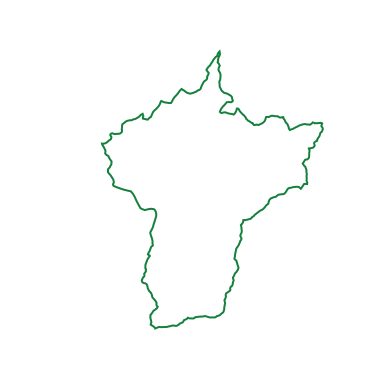 outline of Tsento, Paro, Bhutan, rotated 24°
{"feature_id": "84629894B34516930524400", "entity_name": "Tsento", "entity_type": "district", "adm_level": 2, "iso_a3": "BTN", "parent_name": "Bhutan", "parent_adm1": "Paro", "projection": "robinson", "projection_center": [89.316, 27.609], "detail": "fine", "context": "isolated", "style": "outline", "palette": "green", "viewbox_px": 384, "rotation_deg": 24, "n_neighbors": 0, "source": "geoboundaries", "source_scale": "gbopen_adm2", "svg_char_len": 5986}
<svg xmlns="http://www.w3.org/2000/svg" viewBox="0 0 384 384"><g transform="rotate(24 192 192)"><path d="M204.0,321.2L204.4,321.8L204.8,323.3L205.3,324.1L207.8,327.3L208.2,330.0L211.6,330.5L213.7,331.3L213.9,331.6L216.4,329.0L217.1,328.5L218.9,328.0L222.5,326.1L223.8,325.6L226.3,323.6L226.9,323.3L228.3,322.0L229.4,321.5L231.6,320.9L232.4,320.5L233.7,318.8L234.3,317.3L236.5,314.9L236.8,314.0L236.7,312.5L238.8,310.2L239.4,308.5L241.1,308.5L244.6,307.0L245.2,306.5L246.0,304.9L246.5,304.8L249.0,303.1L253.0,301.1L254.1,300.2L254.9,299.9L259.2,299.4L264.2,297.1L264.7,296.5L265.1,295.4L267.4,293.4L268.5,290.9L269.3,289.6L269.5,288.6L269.1,285.8L268.4,284.4L268.3,283.5L267.8,281.9L267.6,280.3L265.6,277.6L265.8,276.2L265.6,274.1L265.4,273.5L264.6,272.3L264.5,271.7L264.5,270.6L266.4,267.6L266.9,266.3L266.8,265.7L266.1,264.7L265.9,263.6L266.0,262.7L266.6,262.1L266.8,260.9L266.7,259.7L266.1,257.8L266.1,256.0L265.7,255.3L264.4,254.1L264.2,253.5L264.5,251.2L264.3,249.2L265.2,246.7L265.3,245.2L265.6,244.4L265.4,243.2L265.4,242.4L262.5,239.2L262.1,238.4L261.2,237.8L260.8,237.0L260.4,236.6L259.6,236.5L258.3,236.0L257.7,235.4L257.5,233.6L256.9,232.0L255.5,225.9L255.7,224.4L256.2,222.4L256.2,218.0L256.0,216.9L256.4,215.7L256.1,214.3L254.5,213.0L253.7,211.8L253.8,208.9L253.5,207.7L251.2,203.7L250.7,202.9L250.1,202.4L250.1,202.0L250.7,200.6L250.9,198.9L250.8,198.0L250.3,196.8L252.3,195.9L256.0,193.0L256.6,192.4L257.2,190.4L258.2,189.0L258.5,187.6L259.7,185.3L261.8,181.4L263.6,179.3L264.7,176.6L265.2,174.0L266.5,171.7L266.0,169.7L266.0,167.4L266.8,165.5L267.7,164.8L268.4,163.8L270.5,162.3L271.8,159.7L273.1,158.6L276.4,156.7L277.1,155.9L277.7,153.9L278.2,150.3L279.1,148.8L280.4,148.1L282.3,146.5L284.2,145.3L286.6,144.2L287.7,144.0L290.1,144.8L290.8,141.3L291.1,139.2L291.3,138.9L293.9,137.9L293.4,136.4L292.0,135.1L291.4,133.2L290.1,130.7L289.7,129.1L288.0,126.5L287.8,125.6L285.2,122.8L284.5,122.7L282.1,121.4L281.6,121.0L281.5,120.7L281.8,120.0L282.2,116.7L282.6,116.2L284.0,115.4L284.8,113.9L284.8,112.9L284.4,111.4L283.3,108.9L282.8,107.1L282.2,105.8L281.3,105.1L281.0,104.7L281.8,104.2L282.3,104.1L282.7,103.6L284.5,102.3L285.0,101.2L285.2,99.8L285.1,99.5L283.8,98.0L283.6,97.2L284.2,95.7L285.5,94.3L285.0,93.3L285.7,88.9L285.3,86.1L285.3,85.4L285.8,84.8L286.1,84.0L286.1,82.3L285.6,80.7L284.6,79.8L283.7,79.5L283.4,79.2L283.1,78.0L283.1,76.6L282.7,76.3L282.3,76.2L280.7,76.9L278.3,78.3L277.2,78.7L276.3,79.3L275.1,79.2L274.1,79.3L273.5,80.8L272.9,81.9L272.0,82.8L271.1,82.9L269.4,83.6L267.5,84.0L265.9,85.0L264.3,86.4L263.0,87.6L261.4,89.7L260.3,90.9L258.4,93.4L257.0,94.6L256.2,95.6L254.7,94.7L253.7,93.1L252.4,92.1L251.8,91.3L249.2,90.2L247.1,88.3L245.5,87.6L245.1,86.6L244.6,86.5L243.9,87.1L242.2,88.2L240.8,88.2L239.6,87.9L236.5,89.2L235.6,89.2L233.5,90.1L231.7,92.2L229.3,93.2L229.2,94.1L229.6,96.4L229.4,98.3L228.3,100.5L225.5,103.8L223.7,104.1L221.9,105.4L221.0,105.6L220.4,105.3L219.9,104.6L219.2,104.4L218.5,104.6L217.7,104.5L215.9,104.1L214.0,104.0L212.6,103.3L211.9,103.2L211.3,102.8L210.6,101.9L209.3,101.4L208.3,100.8L206.8,100.5L203.1,98.9L200.9,97.3L200.0,97.1L199.1,97.5L199.4,99.6L199.4,101.7L199.1,103.0L198.6,104.3L197.7,104.3L192.9,105.5L190.3,105.6L189.1,106.1L187.0,107.7L185.9,107.9L184.8,107.4L184.8,104.0L185.6,100.9L186.4,99.0L187.2,95.9L189.1,94.8L191.0,94.2L191.6,93.7L192.3,92.2L190.6,90.2L189.7,88.9L188.4,88.3L184.5,87.8L180.7,88.3L178.0,87.4L174.7,84.8L172.0,79.9L172.1,78.0L170.6,73.6L169.4,72.0L167.0,70.2L166.4,69.4L165.9,67.6L165.9,65.2L163.9,63.6L163.0,63.4L162.6,63.0L162.4,61.1L161.8,60.1L161.7,58.4L161.4,57.6L161.5,57.0L161.7,56.8L161.6,55.2L161.3,54.4L160.0,52.4L159.7,53.2L159.3,55.2L159.5,56.1L159.6,57.9L158.9,58.7L158.4,60.0L157.7,63.1L157.7,64.4L157.1,67.4L157.1,68.3L156.9,69.5L156.2,70.8L155.5,73.9L155.6,74.7L158.9,76.5L159.1,78.7L158.9,80.0L159.1,81.1L159.5,81.5L159.7,82.8L159.3,84.1L158.2,85.8L157.9,86.8L157.9,88.1L157.7,89.0L157.7,92.3L157.9,93.9L157.8,94.6L157.3,95.6L156.3,96.5L155.5,97.6L155.3,98.3L153.5,100.1L153.0,100.8L150.4,102.9L148.0,103.3L146.4,103.3L143.3,102.5L142.4,102.5L140.6,102.1L139.7,104.3L138.9,108.3L137.3,113.0L137.0,115.2L136.9,117.7L136.6,119.2L135.4,119.9L129.9,121.4L127.0,121.3L126.7,121.7L126.9,124.5L126.8,126.2L126.6,127.3L125.6,130.4L124.3,133.3L123.9,134.8L123.9,140.3L123.1,141.2L122.1,143.9L121.3,144.2L120.6,144.2L117.3,144.9L116.8,144.0L116.8,142.6L115.1,140.7L113.8,142.4L113.4,143.9L112.6,145.4L111.0,147.7L109.8,149.0L108.9,149.4L107.7,151.0L105.8,151.9L104.3,153.0L103.1,154.2L100.8,158.5L102.4,163.4L103.1,164.3L103.5,165.6L103.1,166.7L102.6,167.7L101.7,168.5L99.6,169.4L98.6,170.2L97.4,170.6L95.2,170.8L94.4,171.6L94.0,172.6L94.4,173.6L95.5,174.1L96.3,175.1L96.2,175.8L96.4,176.6L96.2,177.3L95.4,178.3L93.9,181.6L93.1,182.6L91.2,184.1L90.1,184.4L90.9,185.4L92.9,186.7L95.7,189.0L96.4,190.0L97.0,192.1L98.6,192.9L100.8,193.1L103.5,195.3L106.1,196.8L107.1,199.6L106.8,201.6L106.8,203.0L106.0,205.5L107.3,208.2L110.9,209.9L115.1,212.7L116.7,214.9L116.7,217.1L117.7,218.3L121.0,218.3L128.1,217.7L136.0,216.3L138.7,217.6L141.7,219.8L144.9,222.7L151.4,227.7L153.4,227.9L156.3,227.7L159.3,225.3L161.6,223.9L164.2,223.2L165.5,223.6L167.2,225.0L168.4,226.8L169.2,229.0L169.3,230.1L169.8,233.7L170.1,237.3L170.6,239.5L170.5,243.0L170.3,245.4L170.6,246.5L172.2,248.5L174.6,251.0L175.9,252.9L176.4,253.9L176.5,254.5L178.0,256.8L177.0,258.8L177.3,262.9L177.1,264.4L177.0,266.7L177.7,267.2L179.1,267.2L179.5,267.6L179.0,269.6L178.9,270.8L178.7,271.6L179.0,276.0L179.1,277.5L180.3,280.4L180.5,280.8L181.4,281.2L181.7,282.6L182.2,283.3L181.6,286.2L182.5,287.6L182.6,288.0L182.6,288.8L182.1,289.8L182.0,292.5L182.1,293.3L182.6,294.0L183.6,294.7L185.1,294.8L185.6,294.6L187.1,294.5L188.1,294.7L189.8,296.4L190.6,297.8L192.3,299.2L193.4,300.0L195.3,300.7L196.0,301.2L197.7,302.9L198.2,303.8L198.8,304.4L202.7,306.2L204.3,307.3L204.9,308.0L205.1,308.9L205.6,309.8L206.0,310.2L207.3,310.7L207.3,312.5L205.1,316.3L204.5,320.0L204.0,321.2Z" fill="none" stroke="#15803d" stroke-width="2"/></g></svg>